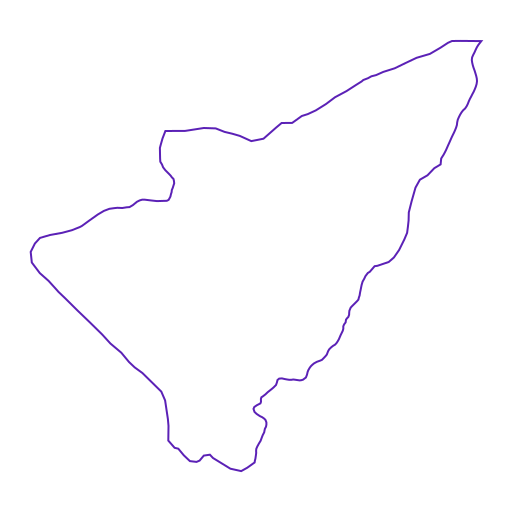 Chargharay, Samchi, Bhutan (Natural Earth projection)
{"feature_id": "84629894B86472917172938", "entity_name": "Chargharay", "entity_type": "district", "adm_level": 2, "iso_a3": "BTN", "parent_name": "Bhutan", "parent_adm1": "Samchi", "projection": "natural_earth1", "projection_center": [88.979, 26.995], "detail": "fine", "context": "isolated", "style": "outline", "palette": "violet", "viewbox_px": 512, "rotation_deg": 0, "n_neighbors": 0, "source": "geoboundaries", "source_scale": "gbopen_adm2", "svg_char_len": 3464}
<svg xmlns="http://www.w3.org/2000/svg" viewBox="0 0 512 512"><path d="M440.6,164.4L441.2,158.5L442.2,156.9L443.6,154.7L444.9,152.3L446.1,149.9L447.2,147.4L448.3,144.9L449.4,142.5L450.5,140.0L451.6,137.5L452.8,135.0L454.0,132.6L455.1,130.1L456.1,127.6L456.9,125.0L457.2,122.3L457.8,119.6L458.9,117.1L460.1,114.7L461.5,112.4L463.1,110.3L465.1,108.5L466.6,106.3L467.8,103.9L468.8,101.3L469.9,98.9L471.2,96.5L472.4,94.1L473.7,91.7L474.8,89.2L475.8,86.7L476.6,84.0L477.0,81.2L476.8,78.6L476.2,75.9L475.4,73.2L474.6,70.6L473.6,67.9L472.8,65.3L472.2,62.7L471.8,60.0L472.1,57.4L473.2,54.9L474.5,52.4L475.6,49.9L476.8,47.4L478.2,45.1L479.8,43.0L481.3,41.1L460.8,40.9L452.0,41.0L448.0,42.8L440.5,47.7L429.9,53.9L416.6,57.8L405.6,63.0L394.7,68.3L383.3,71.9L376.1,75.1L371.4,76.3L368.0,78.2L363.3,80.0L361.7,81.4L355.8,85.1L346.5,91.1L335.1,97.2L325.9,104.1L315.8,110.4L307.8,114.1L301.8,116.0L292.2,122.9L281.6,123.0L276.1,127.6L263.5,138.7L258.0,139.8L251.3,141.1L239.8,135.9L232.2,133.7L224.6,131.9L215.7,128.4L203.8,128.0L185.2,130.9L165.4,131.0L162.5,138.5L160.8,144.5L159.9,147.9L160.0,153.7L160.1,158.4L160.3,161.7L162.0,164.5L163.1,167.3L165.4,170.3L169.0,173.9L170.7,175.7L171.9,177.4L173.4,178.8L173.9,180.6L174.2,183.3L172.7,188.0L171.8,190.1L171.6,192.2L171.0,194.0L170.4,196.6L169.5,198.3L168.6,199.9L166.8,200.8L163.2,200.9L157.0,201.1L150.6,200.4L144.9,199.7L142.1,199.7L139.7,200.4L136.9,201.8L132.9,205.1L129.5,207.1L126.7,207.3L122.3,208.0L117.3,207.8L113.8,208.2L109.4,208.8L103.9,210.9L97.8,214.5L89.5,220.4L81.8,226.0L79.9,227.0L71.9,230.2L62.2,232.8L50.0,235.0L40.0,237.9L34.9,243.5L30.7,251.9L31.8,262.5L39.8,273.1L48.6,280.9L57.1,290.3L58.4,291.8L65.3,298.4L77.5,310.5L90.1,322.6L102.1,334.4L110.4,343.5L121.3,352.7L129.0,362.0L134.7,367.4L142.4,373.0L154.8,385.2L161.3,391.6L165.1,400.4L167.9,419.1L168.5,425.9L168.3,440.6L174.6,447.8L178.3,448.7L183.8,455.3L189.9,461.1L196.5,461.9L199.6,460.6L203.8,455.6L209.9,454.7L213.0,458.0L230.4,468.7L241.2,471.1L247.3,467.7L253.3,463.4L254.6,462.5L254.9,460.6L255.4,458.7L255.9,455.3L256.2,452.9L256.1,450.8L256.3,448.8L257.3,446.5L259.0,443.4L260.6,440.8L261.3,438.9L262.0,437.0L262.7,435.2L264.2,432.3L264.5,430.6L264.9,428.8L266.0,426.7L266.4,424.6L266.4,422.4L265.5,420.0L264.3,418.7L262.2,417.2L259.9,416.1L256.6,413.9L254.5,411.9L253.5,408.9L254.3,407.0L256.9,405.2L260.4,403.4L261.0,401.8L260.9,399.0L261.4,397.3L262.8,396.4L265.4,394.4L267.7,392.2L270.1,390.3L272.1,388.7L273.5,387.5L276.0,385.0L276.9,382.5L277.5,380.0L279.2,378.6L281.9,378.4L285.0,379.1L287.2,379.5L289.2,379.8L291.4,379.8L293.2,379.5L294.9,379.7L296.9,380.0L299.7,380.4L301.3,380.2L303.0,379.7L305.9,377.5L307.0,374.7L307.6,372.0L308.3,370.2L309.7,367.8L310.9,366.2L312.1,365.0L314.0,363.4L316.9,361.8L320.0,360.7L321.9,359.9L323.7,358.1L325.4,356.3L326.8,354.6L328.1,351.2L329.2,349.3L331.2,347.3L333.1,345.8L335.0,344.7L336.5,343.1L337.7,341.3L338.9,339.2L340.6,335.2L342.7,330.9L343.3,328.8L343.3,326.3L344.1,324.4L345.6,322.4L346.0,319.7L346.9,318.4L348.3,317.0L349.1,314.8L349.2,312.6L349.4,310.7L350.7,307.6L351.9,306.3L353.9,304.3L357.2,301.0L358.4,299.6L358.9,297.5L359.6,295.5L360.1,292.3L360.5,290.5L361.6,285.0L362.6,281.6L364.3,278.6L365.4,276.2L367.8,273.0L369.8,271.8L374.6,266.2L377.4,265.8L388.7,262.0L393.9,257.5L399.1,250.0L404.3,239.5L407.1,232.9L407.9,226.9L408.6,220.4L408.8,212.4L411.6,201.3L415.5,187.6L419.9,179.7L427.5,175.3L434.3,168.2L440.6,164.4Z" fill="none" stroke="#5b21b6" stroke-width="2"/></svg>